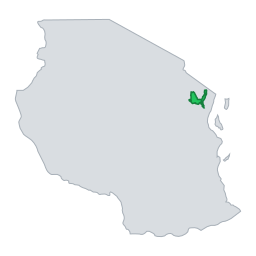 Korogwe, Tanga, United Republic of Tanzania (highlighted)
{"feature_id": "72390352B3133588656991", "entity_name": "Korogwe", "entity_type": "district", "adm_level": 2, "iso_a3": "TZA", "parent_name": "United Republic of Tanzania", "parent_adm1": "Tanga", "projection": "albers", "projection_center": [38.446, -4.931], "detail": "fine", "context": "in_parent", "style": "filled", "palette": "green", "viewbox_px": 256, "rotation_deg": 0, "n_neighbors": 0, "source": "geoboundaries", "source_scale": "gbopen_adm2", "svg_char_len": 6891}
<svg xmlns="http://www.w3.org/2000/svg" viewBox="0 0 256 256"><path d="M89.0,190.3L85.7,188.6L82.7,187.6L80.2,186.4L79.1,185.3L76.8,184.9L74.8,184.7L73.0,183.7L69.2,183.3L68.8,182.6L68.7,181.0L68.1,180.6L66.7,180.2L65.2,180.3L64.3,180.5L63.8,180.4L62.5,179.5L61.4,178.3L60.9,176.5L59.2,175.3L57.2,174.4L51.7,174.5L50.8,174.2L49.5,173.3L47.9,171.8L46.7,170.0L45.6,167.6L44.4,164.3L37.9,151.3L37.2,148.8L36.0,146.1L33.9,142.8L31.7,140.3L28.8,138.1L25.4,135.8L23.6,134.3L20.1,128.2L19.4,125.4L18.8,122.4L19.0,121.2L21.1,117.3L21.3,116.2L21.0,114.7L20.0,111.7L18.6,108.0L15.8,101.2L15.4,99.5L15.4,98.2L16.9,91.3L16.9,90.4L23.2,90.4L27.8,87.3L31.8,82.8L32.6,80.9L34.2,78.0L35.8,76.5L36.5,75.5L37.3,72.6L39.5,70.6L41.5,69.1L41.1,68.1L41.4,67.7L42.5,66.9L44.7,66.1L45.1,64.6L45.1,62.9L44.7,62.0L44.8,60.9L44.4,60.3L43.0,60.1L40.8,59.3L39.0,59.0L37.8,58.5L37.3,58.1L37.1,57.1L38.1,54.4L37.1,53.4L39.3,49.0L39.7,48.4L40.5,48.4L41.8,47.9L42.9,47.7L43.9,47.8L44.6,47.6L45.3,47.1L45.8,45.6L46.2,43.1L45.9,41.1L45.0,39.6L44.7,37.2L45.1,34.0L44.7,31.4L43.7,29.3L42.6,28.0L41.0,27.5L38.5,24.3L37.7,22.7L37.8,21.7L38.7,21.3L40.3,21.4L41.8,21.0L43.2,20.1L44.5,19.9L45.3,20.0L109.1,19.4L183.8,60.6L184.1,61.1L184.7,64.7L184.6,65.9L183.5,68.0L183.1,69.0L183.1,69.8L183.4,70.1L184.4,70.2L185.2,70.7L185.5,71.1L186.1,72.6L187.0,73.4L215.2,93.8L215.8,94.1L215.4,95.8L213.8,99.9L213.7,101.7L213.1,103.7L212.5,105.0L210.9,110.9L209.5,113.0L207.7,118.2L207.4,122.1L208.4,124.8L208.8,127.4L210.9,129.9L212.7,130.8L213.8,132.0L215.9,134.6L217.1,137.2L220.8,138.5L222.3,141.5L221.8,143.5L220.0,145.2L218.4,147.9L217.1,151.5L217.1,157.0L218.0,156.1L219.9,157.5L220.2,161.5L218.1,166.2L217.5,168.4L217.4,170.3L218.9,175.9L221.1,178.8L220.9,179.7L220.4,180.4L224.2,185.5L223.8,189.9L225.3,193.3L225.9,196.3L226.8,198.6L227.0,200.1L225.8,201.9L228.6,202.3L230.2,203.7L231.0,205.1L233.0,205.0L234.1,206.0L235.7,206.7L239.1,209.0L240.1,210.2L240.6,211.3L231.1,218.5L227.6,220.3L225.2,221.2L222.5,221.6L220.0,222.8L217.7,224.5L214.7,225.4L211.0,225.4L207.1,226.7L201.0,230.4L197.5,228.3L194.7,227.7L191.5,227.8L189.6,228.0L188.9,228.5L188.3,229.7L187.8,231.8L185.7,233.8L182.0,235.7L178.6,236.4L175.5,236.0L173.4,235.2L172.3,234.1L170.7,233.5L168.6,233.6L166.5,234.4L164.6,235.9L161.5,236.6L157.2,236.4L154.9,235.7L154.6,234.4L152.7,233.0L149.3,231.3L146.8,231.3L145.2,232.9L143.7,233.9L142.3,234.4L141.1,234.4L139.4,234.0L134.7,233.8L130.2,233.9L129.8,231.6L128.8,230.2L128.0,229.4L126.5,229.2L126.0,228.5L125.5,227.1L124.7,225.9L123.7,224.8L123.1,223.9L122.9,223.0L123.1,222.1L124.0,219.7L124.3,218.1L124.1,216.4L123.6,214.7L122.6,212.7L122.7,212.1L122.3,210.7L122.3,209.7L122.5,208.5L122.2,206.9L121.3,203.5L121.3,202.7L120.3,201.0L117.3,197.2L117.2,196.6L112.5,192.8L110.6,191.9L109.9,192.6L109.7,193.3L109.9,194.6L109.8,195.2L109.6,195.5L108.5,195.5L107.8,195.3L106.0,194.3L104.6,194.0L101.2,194.2L100.0,194.5L99.1,194.3L97.2,192.5L95.1,192.1L93.2,192.0L90.0,190.0L89.0,190.3ZM221.4,124.2L222.9,128.5L222.7,129.4L221.6,129.8L221.0,129.9L220.4,129.2L219.9,127.7L219.0,128.1L217.6,126.3L216.2,126.2L215.0,124.2L215.5,122.3L215.2,119.3L216.7,117.7L217.6,115.0L218.5,116.8L218.8,119.7L220.1,123.0L221.4,124.2ZM228.9,98.4L229.0,99.5L228.7,100.4L228.7,103.5L228.6,105.5L227.4,108.4L226.5,109.4L225.7,109.1L225.0,108.6L224.4,107.8L225.5,102.7L225.0,98.9L227.2,99.2L228.9,98.4ZM225.6,160.8L224.5,161.1L224.1,160.8L223.4,160.0L224.6,159.3L225.7,157.9L228.4,155.8L229.6,154.2L229.4,155.8L227.9,159.3L226.6,159.5L225.6,160.8Z" fill="#d9dde1" stroke="#a8b0b8" stroke-width="1"/><path d="M191.1,92.4L191.1,92.7L191.0,93.0L191.0,93.6L191.0,93.8L191.0,94.4L190.8,94.8L190.8,95.0L190.7,95.2L190.7,95.3L190.8,95.5L191.0,95.6L191.0,95.8L191.0,96.1L191.0,96.6L191.0,96.9L191.1,97.6L191.0,98.0L191.0,98.6L191.0,99.1L191.0,99.6L191.1,100.2L190.9,100.1L190.7,100.1L190.4,100.0L190.4,99.9L190.3,99.7L190.2,99.7L189.9,99.5L189.7,99.6L189.4,99.6L189.2,99.7L189.1,99.8L189.2,100.0L189.2,100.3L189.2,100.6L189.4,100.8L189.5,100.9L189.8,100.9L190.1,101.2L190.2,101.4L190.3,101.5L190.6,101.6L190.9,101.7L191.0,101.7L191.1,101.8L191.1,102.0L191.3,102.2L191.5,102.5L192.2,103.3L192.5,103.5L193.1,103.4L193.5,103.3L194.1,103.2L194.6,102.9L194.8,102.9L194.7,103.0L194.8,103.1L195.1,103.3L195.6,103.6L195.8,103.6L196.4,103.8L197.2,104.0L198.2,104.3L198.3,104.3L198.5,104.2L198.8,104.2L198.9,104.4L198.9,103.8L198.9,103.5L198.9,103.4L199.0,103.3L199.2,103.2L199.3,103.2L199.5,102.8L199.6,102.7L200.1,102.9L200.3,102.7L200.6,102.6L200.7,102.3L200.9,102.2L201.0,101.9L201.3,101.8L201.5,101.7L201.4,101.7L201.6,101.3L201.7,101.2L202.3,101.3L202.1,101.7L202.1,101.8L202.0,102.0L201.9,102.0L201.8,102.3L201.8,102.5L201.7,102.5L201.6,102.8L201.5,103.0L201.7,102.9L201.7,103.0L201.8,103.1L201.7,103.2L201.7,103.4L201.6,103.6L201.6,103.8L201.6,104.0L201.8,104.1L201.7,104.3L201.9,104.4L202.0,104.3L202.1,104.2L202.1,104.3L202.1,104.5L202.3,104.5L202.5,104.7L202.5,104.8L202.5,105.0L202.4,105.1L202.3,105.3L202.5,105.5L202.4,105.6L202.5,105.7L202.6,106.0L202.4,106.3L202.8,106.5L203.0,107.0L203.5,107.7L203.9,107.8L204.0,107.8L203.9,107.6L203.9,107.3L203.8,107.1L203.8,106.7L203.8,106.0L203.9,105.8L203.9,105.7L203.7,105.6L203.6,105.3L203.5,105.1L203.4,105.0L203.3,104.5L203.0,103.9L203.0,103.7L202.9,103.5L202.9,103.2L202.8,102.9L202.9,102.6L202.9,102.4L202.8,102.2L202.7,101.9L202.8,101.6L203.0,101.2L203.2,100.8L203.4,100.6L203.5,100.5L203.8,100.0L204.1,99.6L204.2,99.2L204.5,99.0L204.6,98.6L204.8,98.3L205.1,97.9L205.2,97.7L205.2,97.4L205.2,97.1L205.3,96.8L205.3,96.6L205.5,96.1L205.8,95.6L205.8,95.3L205.9,95.1L206.0,94.9L205.9,94.8L206.0,94.6L206.3,94.6L206.4,94.4L206.2,94.2L206.0,93.9L205.9,93.6L206.0,93.3L206.3,93.4L206.5,93.2L206.4,93.1L206.5,93.0L206.4,92.8L206.3,92.6L206.4,92.3L206.5,92.0L206.5,91.7L206.5,91.3L206.5,91.2L206.5,90.8L206.6,90.6L206.6,90.4L206.5,90.2L206.4,90.1L206.2,90.0L206.0,90.3L205.9,90.3L205.7,90.4L205.2,90.2L205.1,90.3L205.0,90.2L204.9,90.2L204.6,90.3L204.6,90.5L204.6,90.8L204.5,91.3L204.4,91.9L204.4,92.3L204.4,92.5L204.6,93.1L204.6,93.3L204.6,93.9L204.6,94.1L204.7,94.4L205.1,94.9L205.1,95.0L204.9,94.9L204.5,94.8L204.3,94.8L204.3,94.7L204.2,94.8L204.1,95.0L203.8,95.3L203.7,95.3L203.5,95.7L203.4,96.0L203.2,96.4L203.1,96.5L202.7,96.7L202.6,96.9L202.6,97.2L202.6,97.4L202.4,98.0L202.3,98.3L202.1,98.5L202.0,98.8L201.9,99.1L201.8,99.5L201.6,99.7L201.6,99.8L201.3,100.0L201.2,100.0L201.1,99.9L200.8,99.8L200.7,99.7L200.4,99.4L200.1,99.4L199.8,99.4L199.4,99.4L199.2,99.5L199.0,99.4L198.6,99.5L198.4,99.4L198.2,99.4L197.8,99.5L197.7,99.5L197.5,99.4L197.3,98.9L197.1,97.9L197.0,97.7L196.8,97.6L196.7,97.5L196.7,97.4L196.6,97.2L196.4,96.9L196.2,96.8L196.2,96.7L195.9,95.8L195.8,95.4L195.3,94.7L194.9,93.9L194.5,92.9L194.0,92.4L193.4,91.9L193.3,92.0L192.8,92.4L192.6,92.5L192.3,92.4L192.1,92.5L191.9,92.3L191.9,92.1L191.7,92.1L191.4,92.1L191.2,92.0L191.1,92.3L191.1,92.4Z" fill="#22c55e" stroke="#15803d" stroke-width="1.5"/></svg>